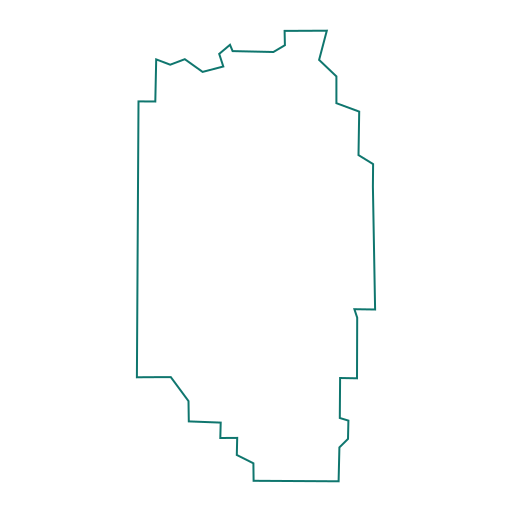 the district of Marion, Georgia, United States of America
{"feature_id": "52423323B6215511480610", "entity_name": "Marion", "entity_type": "district", "adm_level": 2, "iso_a3": "USA", "parent_name": "United States of America", "parent_adm1": "Georgia", "projection": "robinson", "projection_center": [-84.513, 32.348], "detail": "fine", "context": "isolated", "style": "outline", "palette": "teal", "viewbox_px": 512, "rotation_deg": 0, "n_neighbors": 0, "source": "geoboundaries", "source_scale": "gbopen_adm2", "svg_char_len": 628}
<svg xmlns="http://www.w3.org/2000/svg" viewBox="0 0 512 512"><path d="M156.2,59.4L155.3,101.5L138.5,101.4L136.9,377.3L145.4,377.2L170.8,377.1L188.5,401.1L188.8,421.4L220.7,422.6L220.3,438.0L237.2,437.9L236.8,455.0L253.4,463.3L253.6,480.8L338.6,481.3L339.4,447.4L348.0,438.9L348.4,420.6L339.8,418.0L340.1,378.0L357.0,378.3L357.2,317.7L354.4,309.2L375.1,309.5L372.9,186.6L373.1,164.1L358.5,155.1L359.2,111.6L336.4,103.2L336.4,76.4L319.1,59.9L326.8,30.7L284.6,30.9L284.9,45.2L273.4,52.0L232.6,51.1L230.0,44.8L219.2,53.9L223.3,66.5L202.6,71.9L184.8,59.2L170.2,64.7L156.2,59.4Z" fill="none" stroke="#0f766e" stroke-width="2"/></svg>